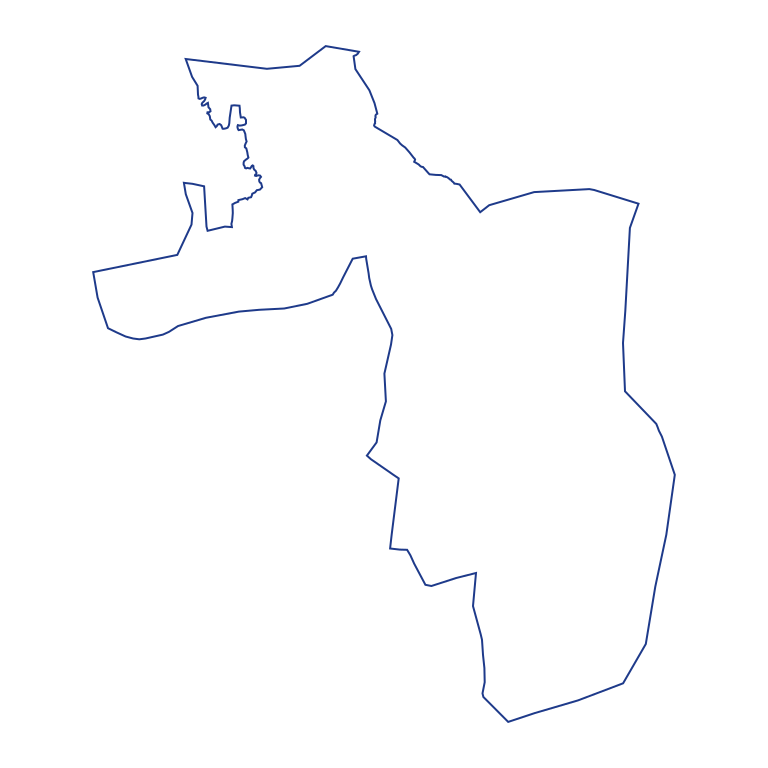 the district of Jega, Kebbi, Nigeria
{"feature_id": "59680162B13498430232382", "entity_name": "Jega", "entity_type": "district", "adm_level": 2, "iso_a3": "NGA", "parent_name": "Nigeria", "parent_adm1": "Kebbi", "projection": "orthographic", "projection_center": [4.336, 12.103], "detail": "fine", "context": "isolated", "style": "outline", "palette": "blue", "viewbox_px": 768, "rotation_deg": 0, "n_neighbors": 0, "source": "geoboundaries", "source_scale": "gbopen_adm2", "svg_char_len": 3736}
<svg xmlns="http://www.w3.org/2000/svg" viewBox="0 0 768 768"><path d="M674.8,474.8L661.9,436.6L658.9,430.7L657.6,427.1L656.3,423.9L625.0,391.3L623.0,343.0L625.3,311.0L629.9,227.9L638.5,203.7L594.2,190.0L589.4,189.1L534.1,192.1L489.2,205.2L480.2,212.2L459.6,184.5L458.6,184.3L457.3,184.0L455.3,183.7L454.4,183.7L453.7,182.6L451.5,180.7L451.0,179.7L449.8,179.4L449.0,178.5L447.9,177.7L446.6,176.9L445.6,176.9L445.3,176.4L444.1,176.6L441.3,175.1L435.7,174.9L429.5,174.3L428.2,172.9L423.0,167.0L422.3,166.9L422.0,166.9L421.7,166.8L421.4,166.7L421.0,166.5L420.6,166.3L420.3,166.0L420.1,165.9L419.7,165.5L419.3,165.1L419.1,164.8L418.4,164.3L415.6,162.6L414.2,161.8L415.0,159.9L415.1,159.5L414.4,158.4L413.7,157.8L409.5,152.4L405.2,147.5L402.1,145.3L400.1,143.5L397.4,140.0L375.1,126.8L374.6,126.4L374.1,125.5L374.5,124.0L375.1,123.4L375.0,122.0L375.2,121.2L375.0,120.3L375.0,119.1L375.5,117.7L375.7,117.1L375.4,116.2L375.6,115.2L376.0,114.6L376.7,114.1L377.3,113.7L377.1,112.9L374.5,103.1L369.4,90.3L355.4,69.1L353.6,56.2L354.3,55.7L355.2,55.4L356.1,55.1L356.8,54.5L357.6,53.9L358.1,53.2L359.0,51.8L325.7,46.1L299.6,65.8L266.9,68.8L185.7,59.0L192.1,76.9L197.6,85.8L198.0,94.7L198.4,96.6L198.5,98.4L199.7,98.9L201.0,98.5L202.6,97.8L204.1,97.4L205.6,97.8L205.1,99.5L204.1,101.1L202.3,102.8L201.7,104.1L202.1,105.5L203.6,105.5L205.4,104.6L206.6,103.6L207.9,102.9L208.5,107.3L210.2,109.2L210.5,111.3L209.2,112.2L207.5,112.3L207.3,113.4L208.7,114.2L209.8,116.2L210.3,119.5L211.6,120.6L212.6,122.6L214.3,125.0L215.6,127.2L216.8,126.1L217.6,124.6L219.6,124.0L221.2,125.2L222.6,128.7L223.7,128.8L225.8,128.4L227.6,127.7L228.8,125.6L229.3,123.2L229.7,117.7L231.5,105.6L234.2,105.3L239.5,105.7L239.8,108.3L240.0,112.4L240.8,117.5L243.6,117.3L244.6,117.8L246.0,119.9L246.0,121.6L246.0,123.4L244.9,124.6L241.8,125.4L239.7,125.6L237.9,125.1L237.5,126.2L237.5,127.4L237.9,128.9L238.6,130.1L239.9,129.9L242.3,129.5L243.8,130.3L244.4,131.7L245.3,134.0L245.5,136.0L245.9,139.1L246.6,141.5L245.6,143.5L244.8,145.6L244.9,147.3L246.3,148.4L246.7,149.9L247.3,152.3L247.7,154.9L248.4,157.6L247.4,158.6L245.8,159.7L244.0,161.3L243.6,162.8L243.6,164.7L244.6,166.3L245.0,167.9L246.1,168.4L247.3,167.9L248.6,168.2L250.1,168.5L251.0,167.3L251.8,165.9L252.7,165.4L253.4,166.0L253.5,168.1L254.2,169.6L255.6,170.8L256.5,172.9L256.1,174.3L255.2,174.7L255.0,175.6L256.1,176.0L257.2,175.6L258.5,175.3L260.1,175.6L261.0,176.9L259.9,178.2L259.1,179.7L259.3,181.4L259.9,182.5L261.1,183.2L262.2,187.2L259.9,189.6L256.8,190.2L255.1,192.4L252.3,193.7L251.8,195.5L251.1,197.2L248.3,197.8L247.5,199.4L245.2,198.1L242.4,199.2L238.4,200.1L238.3,201.7L235.1,202.9L232.4,204.4L232.5,206.2L232.7,209.7L232.8,213.1L232.4,218.2L232.1,221.0L231.4,223.9L231.9,227.1L224.9,226.6L207.6,230.8L206.5,226.6L204.1,186.3L192.4,183.8L185.2,183.0L183.9,182.8L185.8,194.2L192.5,213.0L191.5,224.6L177.3,254.9L93.2,272.1L97.6,297.6L108.0,328.2L116.4,332.3L125.6,336.5L133.1,338.5L139.3,339.3L145.5,338.5L162.9,334.6L168.9,331.9L178.1,326.0L205.9,317.8L238.9,311.6L259.2,309.8L284.2,308.5L307.3,303.8L332.7,294.7L334.0,292.6L335.9,290.8L338.0,287.4L340.2,283.4L343.1,277.4L352.7,258.7L366.0,256.3L366.2,258.9L366.8,262.5L367.9,269.1L368.6,273.3L369.2,278.0L370.9,285.6L372.1,289.3L376.0,299.0L391.2,328.9L392.4,335.1L391.0,344.6L384.4,373.6L385.9,401.4L380.3,420.4L376.6,442.4L366.9,455.6L370.9,459.2L392.8,474.4L398.7,478.4L391.7,534.4L390.1,548.5L399.8,549.6L407.1,549.8L410.4,555.3L414.2,563.7L425.4,584.8L431.4,586.0L456.2,578.0L476.0,573.0L473.0,606.1L480.7,634.3L482.0,639.8L483.0,654.8L484.4,668.1L484.7,682.2L482.5,693.4L483.4,697.0L507.9,721.6L508.2,721.9L534.7,713.1L578.0,700.4L623.1,683.3L645.8,644.0L655.3,586.6L666.3,534.8L674.8,474.8Z" fill="none" stroke="#1e3a8a" stroke-width="2"/></svg>